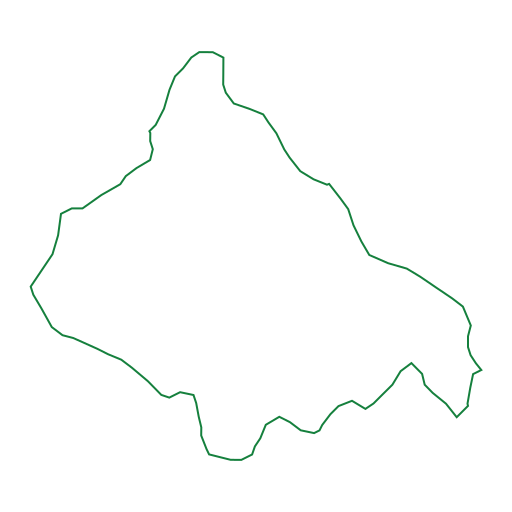 outline of Sepho, Kangwŏn-do, North Korea
{"feature_id": "82179303B30150640587931", "entity_name": "Sepho", "entity_type": "district", "adm_level": 2, "iso_a3": "PRK", "parent_name": "North Korea", "parent_adm1": "Kangwŏn-do", "projection": "robinson", "projection_center": [127.346, 38.698], "detail": "fine", "context": "isolated", "style": "outline", "palette": "green", "viewbox_px": 512, "rotation_deg": 0, "n_neighbors": 0, "source": "geoboundaries", "source_scale": "gbopen_adm2", "svg_char_len": 1400}
<svg xmlns="http://www.w3.org/2000/svg" viewBox="0 0 512 512"><path d="M481.3,370.0L475.9,363.3L470.6,355.2L468.0,347.1L468.0,336.3L470.8,325.5L462.9,306.6L452.2,298.4L436.2,287.6L420.2,276.7L406.8,268.6L388.1,263.2L369.3,255.0L361.4,241.5L353.5,225.3L348.2,209.1L340.3,198.3L329.1,183.9L327.0,184.7L313.6,179.3L300.3,171.2L289.6,157.6L284.3,149.5L276.4,133.3L268.5,122.5L263.2,114.4L249.8,109.0L233.8,103.5L225.8,92.7L223.2,84.6L223.3,73.8L223.4,57.6L212.8,52.2L199.3,52.1L191.3,57.5L183.1,68.3L175.0,76.4L169.5,89.8L164.0,108.7L155.7,124.9L149.4,131.2L150.3,133.0L150.2,141.1L152.8,149.2L150.1,160.0L136.6,168.0L125.8,176.1L120.3,184.2L101.4,195.0L82.5,208.4L71.8,208.4L61.0,213.8L58.1,235.3L52.5,254.2L41.6,270.4L30.7,286.6L33.3,294.7L41.3,308.2L51.8,327.1L62.5,335.2L73.2,338.0L97.3,348.8L108.0,354.2L121.3,359.7L132.0,367.8L148.0,381.3L161.3,394.9L169.3,397.6L180.1,392.2L193.5,395.0L196.2,403.1L198.7,416.6L201.3,427.4L201.2,435.5L206.5,449.0L209.1,454.4L219.8,457.1L230.6,459.8L241.3,459.9L252.1,454.5L254.9,446.4L260.3,438.3L265.8,424.8L279.3,416.8L290.0,422.2L300.7,430.3L314.1,433.1L319.5,430.4L322.2,425.0L330.4,414.2L338.5,406.1L352.0,400.8L365.4,408.9L373.5,403.5L381.6,395.4L392.4,384.7L400.6,371.2L411.4,363.1L422.1,373.9L424.7,384.7L432.7,392.9L446.0,403.7L456.7,417.2L468.0,405.9L467.5,403.7L470.3,387.6L473.1,374.1L481.3,370.0Z" fill="none" stroke="#15803d" stroke-width="2"/></svg>